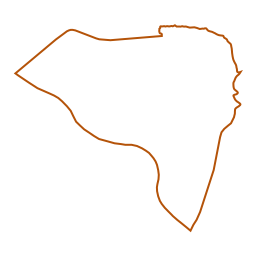 the district of Pakse, Champasak, Laos
{"feature_id": "54806243B60589909949594", "entity_name": "Pakse", "entity_type": "district", "adm_level": 2, "iso_a3": "LAO", "parent_name": "Laos", "parent_adm1": "Champasak", "projection": "albers", "projection_center": [105.849, 15.117], "detail": "fine", "context": "isolated", "style": "outline", "palette": "amber", "viewbox_px": 256, "rotation_deg": 0, "n_neighbors": 0, "source": "geoboundaries", "source_scale": "gbopen_adm2", "svg_char_len": 2802}
<svg xmlns="http://www.w3.org/2000/svg" viewBox="0 0 256 256"><path d="M110.4,40.2L99.3,39.3L96.2,38.4L75.3,30.4L72.8,29.9L70.6,29.9L69.1,30.3L66.9,31.3L64.1,33.4L56.0,39.4L31.4,60.0L15.4,73.4L18.3,75.5L28.7,82.5L37.5,88.2L49.6,93.5L54.0,95.5L58.3,98.0L62.1,101.3L66.9,106.2L70.7,110.8L73.4,116.4L76.1,121.7L80.0,125.5L84.1,129.3L88.3,132.1L93.9,135.9L99.0,139.0L107.8,141.4L114.6,143.3L121.1,144.1L125.3,144.8L131.6,144.8L137.0,146.0L142.0,148.3L145.9,150.7L149.0,152.9L151.7,156.0L153.5,158.2L155.6,161.5L157.0,164.9L158.2,170.2L158.8,174.8L158.5,179.3L157.4,184.2L156.9,187.3L157.1,191.3L158.2,196.3L159.9,200.9L161.8,204.0L164.8,207.8L168.7,211.8L171.6,214.7L172.9,216.1L177.5,220.1L181.8,223.5L186.7,227.5L190.5,230.7L193.3,225.0L193.4,224.8L196.6,219.8L200.1,212.0L213.7,170.0L220.1,137.1L221.5,132.3L224.3,128.8L228.1,125.6L231.0,123.3L234.0,117.2L234.5,115.0L234.8,114.0L234.9,113.0L234.9,111.8L235.0,110.4L235.1,109.3L235.5,108.6L236.1,108.0L236.9,107.4L237.7,106.9L238.6,106.4L239.6,105.5L240.1,105.1L240.3,104.7L240.4,104.3L240.3,104.0L240.0,103.6L239.1,102.9L238.0,102.1L237.0,101.5L236.3,100.8L235.7,100.3L235.1,99.4L234.6,98.6L234.1,97.3L233.7,96.5L233.5,95.9L233.5,95.4L234.0,95.0L234.7,94.7L235.5,94.5L236.2,94.3L236.8,94.0L237.4,93.5L237.7,93.1L237.8,92.7L237.7,92.3L236.9,91.4L235.9,90.6L235.1,89.9L234.5,89.4L234.0,88.6L233.7,87.6L233.5,86.3L233.4,84.4L233.4,83.2L233.6,82.3L234.3,81.0L234.8,79.7L235.3,78.5L235.8,77.4L236.3,76.8L236.8,76.1L237.5,75.5L238.4,74.8L239.3,73.9L240.1,72.7L240.6,71.9L239.5,72.3L238.9,72.4L238.3,72.3L237.8,72.2L237.3,71.8L237.1,71.3L237.0,70.3L236.9,69.0L236.5,67.5L236.3,66.2L236.1,65.3L235.5,64.0L234.8,62.8L234.1,61.4L233.4,59.8L233.0,58.3L232.6,56.4L232.4,55.0L232.1,53.0L232.0,51.5L231.7,48.4L231.3,46.6L231.1,45.3L230.9,44.6L230.6,44.0L230.3,43.6L229.7,43.2L229.2,42.7L228.6,42.2L228.1,41.7L227.6,41.2L227.2,40.2L226.8,39.4L226.0,38.8L225.3,38.3L224.6,38.0L224.0,37.4L223.5,36.3L223.3,35.9L222.8,35.7L222.2,35.6L221.2,35.5L219.8,35.3L218.7,35.1L217.7,34.7L216.6,34.2L214.9,33.2L213.6,32.6L212.2,31.9L211.1,31.6L209.5,31.2L208.7,30.9L208.0,30.5L207.4,29.9L206.8,29.1L206.3,28.5L205.8,28.3L204.9,28.3L203.9,28.7L202.5,28.6L199.8,29.0L198.4,28.5L197.1,28.0L194.4,27.3L189.8,27.6L188.2,27.2L186.3,26.6L185.5,26.5L184.9,26.6L183.2,26.5L182.2,26.2L180.7,26.6L178.5,26.5L176.6,26.5L175.7,25.9L174.9,25.3L173.7,25.9L172.8,26.3L171.8,26.0L170.9,26.1L169.6,26.4L168.7,26.4L167.7,26.2L166.9,26.2L165.8,26.4L165.2,26.5L164.4,26.2L163.8,26.2L162.9,26.4L161.5,26.4L160.8,26.3L160.4,26.5L160.2,26.8L160.2,27.4L160.2,27.9L160.0,28.2L159.4,28.7L159.3,29.0L159.4,29.6L159.4,30.2L159.2,30.9L159.3,31.5L159.6,32.7L159.8,33.1L160.3,33.4L160.9,33.5L161.5,33.8L161.8,34.2L161.8,34.7L161.8,35.9L161.8,36.0L110.4,40.2Z" fill="none" stroke="#b45309" stroke-width="2"/></svg>